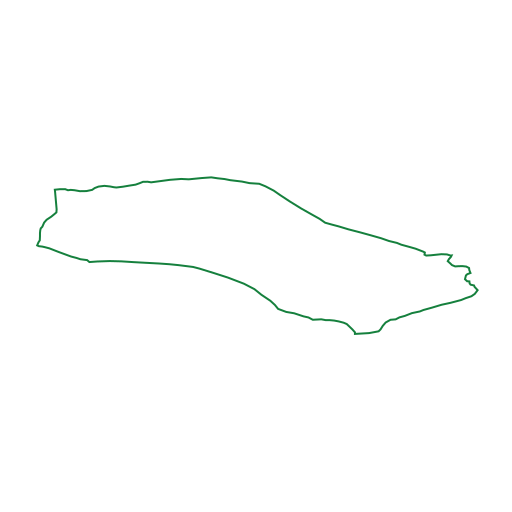 Vilhelmina, Västerbotten, Sweden, rotated 353°
{"feature_id": "70781695B71787766152021", "entity_name": "Vilhelmina", "entity_type": "district", "adm_level": 2, "iso_a3": "SWE", "parent_name": "Sweden", "parent_adm1": "Västerbotten", "projection": "robinson", "projection_center": [16.098, 64.897], "detail": "fine", "context": "isolated", "style": "outline", "palette": "green", "viewbox_px": 512, "rotation_deg": 353, "n_neighbors": 0, "source": "geoboundaries", "source_scale": "gbopen_adm2", "svg_char_len": 2074}
<svg xmlns="http://www.w3.org/2000/svg" viewBox="0 0 512 512"><g transform="rotate(353 256 256)"><path d="M64.4,165.7L64.4,167.9L63.8,185.4L63.2,188.4L61.1,189.8L57.6,192.0L52.6,194.5L49.8,197.0L48.5,199.2L47.5,200.9L45.7,202.4L45.0,204.2L44.4,206.8L44.0,210.0L43.3,214.1L41.7,216.0L40.1,218.8L41.7,219.8L45.0,220.6L47.5,221.5L51.8,223.2L60.7,228.0L72.4,234.0L77.7,236.1L81.3,237.8L87.9,239.5L89.9,241.7L97.8,242.1L110.2,243.2L121.7,244.9L133.4,247.1L142.3,248.7L159.2,251.7L169.0,253.6L177.9,255.6L192.2,259.2L198.3,261.6L211.9,267.7L225.5,274.0L240.6,282.0L250.4,288.7L256.6,295.1L264.8,302.2L268.8,306.9L271.5,311.2L279.2,315.2L286.9,317.5L295.8,321.7L300.6,323.4L304.6,326.2L313.1,326.8L317.2,328.1L321.6,328.7L325.7,329.6L330.1,331.0L334.9,332.9L337.8,334.6L342.7,340.6L344.9,343.8L344.7,345.4L358.9,346.3L368.5,345.7L370.7,344.0L373.3,340.8L376.6,337.8L381.7,335.7L386.9,335.9L390.9,334.4L396.4,333.6L403.8,331.7L411.9,331.0L415.6,330.0L424.4,328.7L434.3,327.0L443.2,326.2L454.2,324.7L459.0,323.4L464.9,322.2L468.5,320.3L471.8,316.9L469.2,313.3L468.8,311.8L465.5,310.6L464.7,309.3L464.7,307.2L462.5,306.8L460.6,304.5L462.0,300.9L463.5,299.8L466.8,299.0L466.0,296.0L466.0,293.9L463.4,292.1L459.7,291.2L455.7,290.8L452.4,290.6L449.4,288.9L447.9,287.0L445.7,284.5L447.1,282.6L449.3,280.7L450.2,279.3L449.3,279.3L445.7,277.7L440.2,276.8L429.6,276.6L425.0,276.3L423.4,275.2L424.0,273.1L422.4,272.0L415.3,268.2L409.4,265.7L401.6,262.5L397.5,260.2L389.8,257.3L382.3,253.6L372.1,249.3L362.4,245.3L351.0,240.8L341.7,236.7L335.2,234.1L328.7,231.4L323.7,226.9L316.3,221.5L306.3,214.1L296.1,205.9L287.5,198.6L281.6,193.3L273.9,188.0L268.0,184.7L258.5,182.9L251.1,180.4L239.7,177.6L234.2,175.8L227.4,174.2L221.2,172.5L211.4,172.0L198.7,171.7L191.1,170.4L180.0,169.9L160.9,170.1L157.5,169.1L152.9,168.6L149.2,169.6L145.2,170.5L139.0,170.7L132.5,171.0L125.8,171.0L123.3,170.4L119.6,169.2L114.1,167.9L108.2,167.9L104.2,168.9L101.4,170.4L95.6,170.9L89.1,170.2L83.9,168.6L80.2,167.8L77.4,167.8L74.7,166.4L69.5,165.8L64.4,165.7Z" fill="none" stroke="#15803d" stroke-width="2"/></g></svg>